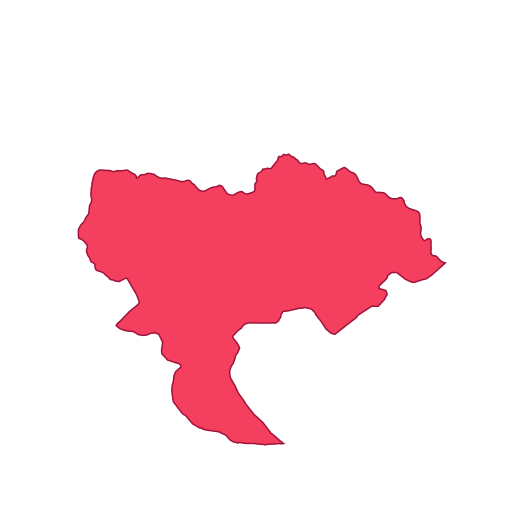 outline of San Juan Sacatepéquez, Guatemala, rotated 52°
{"feature_id": "79465075B9598749560130", "entity_name": "San Juan Sacatepéquez", "entity_type": "district", "adm_level": 2, "iso_a3": "GTM", "parent_name": "Guatemala", "parent_adm1": "", "projection": "orthographic", "projection_center": [-90.67, 14.779], "detail": "fine", "context": "isolated", "style": "filled", "palette": "rose", "viewbox_px": 512, "rotation_deg": 52, "n_neighbors": 0, "source": "geoboundaries", "source_scale": "gbopen_adm2", "svg_char_len": 6152}
<svg xmlns="http://www.w3.org/2000/svg" viewBox="0 0 512 512"><g transform="rotate(52 256 256)"><path d="M91.4,328.5L91.3,330.2L91.5,331.1L91.9,332.5L93.5,335.2L94.0,335.9L97.4,339.9L97.8,340.6L98.5,341.1L99.6,341.9L100.7,343.5L101.3,344.1L105.9,348.3L107.7,349.4L109.8,350.3L110.8,351.2L111.4,351.7L112.4,352.9L112.7,353.7L113.5,355.5L113.9,356.2L115.0,357.3L119.1,361.2L119.7,361.9L120.7,365.4L121.0,366.4L121.5,367.6L121.9,368.3L122.4,368.9L123.1,370.5L123.3,371.9L123.4,373.4L123.6,374.5L124.5,376.9L125.8,379.4L126.5,380.2L128.1,381.5L131.2,383.8L132.9,384.7L133.8,384.3L135.1,383.5L136.2,383.0L136.9,382.8L137.7,382.6L139.0,382.4L141.2,382.4L142.8,382.4L143.6,382.5L144.8,383.0L145.5,383.7L146.7,385.6L147.6,386.4L148.7,387.1L149.4,387.3L152.3,388.2L154.9,388.3L156.0,388.5L157.7,389.2L158.5,389.5L159.4,389.3L161.8,388.3L163.2,388.1L163.9,388.5L166.0,389.9L166.8,390.2L167.8,390.5L168.9,390.5L170.0,390.0L171.5,388.8L172.8,388.0L175.1,386.7L176.0,386.4L177.3,386.3L179.0,386.1L180.1,385.8L181.1,385.5L182.0,385.5L184.0,385.4L184.8,385.2L185.4,384.8L186.0,384.2L187.5,383.0L188.2,382.6L189.0,382.3L191.8,379.7L193.2,372.5L194.5,371.4L212.9,373.9L220.2,376.2L221.3,377.4L221.7,380.7L221.8,389.7L223.6,402.2L223.9,406.8L224.7,409.0L229.1,408.1L231.9,406.6L234.9,404.5L240.0,399.2L245.5,397.1L248.3,394.7L249.5,393.2L251.1,390.4L252.3,386.0L254.9,382.4L258.2,380.8L266.6,382.7L272.0,388.4L275.1,390.4L283.7,389.7L286.2,387.9L291.7,384.3L292.6,383.4L295.6,382.4L297.2,383.7L297.7,390.7L300.0,394.6L303.5,397.9L307.0,402.3L310.6,405.5L319.7,410.8L332.8,411.1L336.1,410.8L337.9,409.7L349.3,409.3L357.3,406.0L357.7,405.0L359.3,404.7L362.0,402.8L371.9,393.3L374.0,392.5L378.5,390.1L384.7,389.8L388.5,388.3L392.3,385.3L392.8,383.8L397.3,379.6L402.6,372.9L405.1,370.5L407.9,367.5L408.8,366.3L410.4,365.1L411.6,362.6L415.9,356.6L417.9,353.3L419.3,352.1L420.7,349.7L416.6,350.8L406.2,352.8L405.5,353.3L391.5,353.1L379.5,355.1L366.6,355.2L363.0,354.7L353.1,354.3L345.7,352.5L336.4,351.2L333.1,349.6L330.0,347.1L327.7,343.5L326.4,339.6L323.7,335.5L321.9,333.4L320.7,329.4L318.2,325.4L313.8,324.5L306.8,324.6L304.9,323.9L303.7,316.1L303.8,311.5L303.1,310.4L302.8,306.7L304.1,303.1L315.7,288.4L321.0,281.6L321.0,277.9L320.0,276.6L319.7,274.6L317.8,272.7L316.3,268.9L319.2,264.1L323.3,255.3L323.9,253.9L325.2,252.4L327.1,248.7L332.1,244.9L337.9,244.4L338.8,245.0L348.3,245.0L356.5,245.8L363.1,244.4L366.3,242.1L366.2,225.9L366.3,214.4L365.4,212.7L366.8,195.7L370.9,190.7L369.3,181.3L367.8,178.6L367.7,177.3L366.5,176.0L363.1,174.9L358.5,178.2L357.7,179.1L355.4,177.4L354.3,167.0L352.4,163.9L352.6,159.3L355.7,155.2L366.1,152.7L373.0,149.1L374.6,146.6L377.1,139.5L378.8,135.9L379.2,129.2L378.0,111.1L376.6,112.1L375.4,112.8L373.1,113.5L371.5,113.7L367.9,113.9L366.5,114.4L365.2,115.9L364.1,116.6L363.0,116.6L362.1,116.5L361.2,116.2L357.8,113.3L354.9,111.2L352.3,109.1L351.4,108.5L350.4,108.2L349.4,108.6L348.7,109.3L348.1,110.2L348.0,111.2L348.1,112.0L347.8,113.4L347.2,114.0L346.0,114.2L344.8,114.1L343.6,114.0L341.4,113.5L340.2,112.9L339.3,112.2L336.5,109.3L335.1,108.2L334.0,107.7L333.3,107.5L331.4,106.8L330.7,106.4L325.9,102.5L324.3,101.5L322.6,100.9L321.4,100.9L320.3,101.3L319.3,101.7L317.6,102.8L315.3,104.5L312.7,106.1L311.2,106.7L309.8,106.9L309.0,107.0L307.2,106.8L306.0,106.6L305.3,106.4L304.3,105.6L302.3,105.3L301.2,105.2L300.1,105.3L299.1,105.8L298.4,106.9L297.8,109.2L297.3,110.2L295.4,112.6L294.5,113.5L293.6,114.1L292.5,114.7L290.2,115.4L286.3,115.8L285.1,116.3L284.3,117.0L283.4,118.0L282.3,119.0L281.6,119.9L280.4,121.5L279.9,122.1L278.9,122.4L278.1,122.5L274.9,122.4L272.9,122.6L271.0,123.0L270.0,123.5L268.6,124.4L264.8,127.9L263.5,128.6L262.5,128.8L261.5,128.9L260.1,128.8L257.4,128.1L255.0,127.6L252.4,127.5L251.2,127.8L250.3,128.2L247.8,129.8L247.1,130.1L244.8,130.5L241.9,131.2L240.8,131.8L240.3,132.7L240.0,134.0L239.6,136.7L239.1,139.2L239.1,140.3L240.8,142.5L241.3,143.4L241.5,144.2L241.1,145.4L240.2,146.2L239.8,147.1L239.6,149.7L238.8,152.8L238.1,153.3L237.2,152.8L235.9,152.3L234.5,152.3L233.5,152.0L232.2,151.3L231.6,150.9L230.2,150.5L228.7,150.8L227.6,151.4L226.4,151.7L221.8,152.2L220.5,152.4L219.3,152.7L218.3,154.1L217.4,156.3L217.0,157.0L216.4,157.7L215.5,158.4L214.5,158.8L213.5,159.3L212.8,160.0L212.3,160.9L211.7,162.4L211.0,163.4L210.3,164.0L209.5,164.2L208.5,164.4L206.3,164.2L205.5,164.4L204.8,164.8L203.3,165.1L201.4,165.4L198.7,167.1L197.8,167.2L196.8,167.2L195.8,167.7L195.5,168.6L195.4,169.4L195.0,170.1L193.2,171.4L192.9,172.4L193.6,174.2L193.0,175.2L192.0,176.1L191.8,177.3L192.5,178.4L193.2,179.1L193.7,179.9L194.2,181.2L194.6,183.5L195.2,185.4L195.4,186.4L195.5,187.8L196.4,189.6L196.0,191.0L194.5,192.4L193.6,193.5L193.1,194.7L192.8,195.8L192.0,196.7L191.7,197.4L192.3,198.4L192.7,199.8L192.7,200.9L192.5,201.7L192.3,202.8L192.3,203.5L192.4,204.4L193.3,205.7L195.4,208.2L196.7,208.9L197.4,209.1L198.2,210.7L198.2,211.8L199.2,213.0L203.0,216.0L203.7,216.9L203.9,217.8L203.8,218.8L203.4,220.5L202.0,224.2L201.5,225.2L200.5,225.9L198.9,226.8L197.6,227.1L196.6,227.5L195.8,228.4L195.3,229.6L194.7,232.0L194.4,233.9L194.3,235.5L193.8,236.8L193.2,237.7L190.7,239.6L190.0,239.9L189.2,240.2L186.4,240.2L181.7,239.9L180.4,239.9L179.7,240.0L178.7,240.5L177.9,241.2L177.5,242.0L177.1,244.6L176.7,245.4L175.8,246.6L175.4,247.3L174.9,248.4L174.3,250.9L174.0,252.2L173.6,254.6L173.1,256.9L172.4,257.8L171.7,258.5L169.9,259.9L168.6,260.3L166.5,260.6L164.6,260.7L161.9,260.7L160.9,261.0L159.7,261.6L156.1,261.7L155.1,262.3L154.3,263.2L153.9,263.9L153.3,265.9L152.8,267.0L152.5,267.6L151.7,268.6L150.7,269.6L146.5,272.7L144.5,274.5L142.0,276.7L139.5,278.8L138.6,279.6L138.0,280.3L137.5,281.3L136.8,282.2L136.2,282.9L134.3,284.1L133.5,284.6L132.1,285.1L129.4,285.9L128.6,286.2L125.7,288.7L124.9,289.6L123.8,291.2L123.4,293.5L121.4,296.4L121.0,298.1L121.4,300.4L121.4,301.9L120.4,302.2L119.6,301.3L117.7,301.2L116.7,301.4L115.1,302.3L114.0,302.8L112.9,303.2L109.3,304.4L108.7,304.9L108.0,306.1L106.9,308.2L106.5,308.9L103.3,313.0L102.6,314.4L102.4,315.2L101.7,316.5L100.9,317.2L99.9,317.7L98.8,318.5L97.6,319.7L96.1,321.6L93.9,323.9L92.6,325.4L91.6,327.4L91.4,328.5Z" fill="#f43f5e" stroke="#9f1239" stroke-width="1.5"/></g></svg>